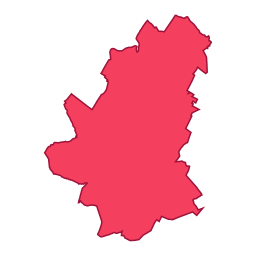 outline of Yauhquemehcan, Tlaxcala, Mexico
{"feature_id": "50627088B44555224018793", "entity_name": "Yauhquemehcan", "entity_type": "district", "adm_level": 2, "iso_a3": "MEX", "parent_name": "Mexico", "parent_adm1": "Tlaxcala", "projection": "robinson", "projection_center": [-98.182, 19.403], "detail": "fine", "context": "isolated", "style": "filled", "palette": "rose", "viewbox_px": 256, "rotation_deg": 0, "n_neighbors": 0, "source": "geoboundaries", "source_scale": "gbopen_adm2", "svg_char_len": 5674}
<svg xmlns="http://www.w3.org/2000/svg" viewBox="0 0 256 256"><path d="M121.4,235.5L123.9,235.8L124.9,237.9L130.1,240.6L135.0,240.3L138.9,239.6L141.6,236.9L143.0,235.3L150.9,230.6L154.6,222.7L156.7,219.7L159.1,221.5L161.6,216.4L168.3,219.2L171.0,219.4L172.7,219.7L178.2,217.3L186.1,214.4L188.8,213.3L192.7,212.0L196.7,215.4L202.8,208.2L198.2,209.9L197.9,209.5L197.6,208.7L196.9,207.7L196.5,206.8L195.0,204.9L194.5,204.5L193.8,203.6L193.6,201.7L193.3,201.0L192.8,200.1L193.7,199.4L194.3,198.7L195.5,198.8L196.3,198.5L197.0,198.1L198.0,197.2L199.7,196.4L200.8,195.4L201.9,195.0L201.6,194.1L201.2,193.6L200.9,193.4L200.9,193.0L200.7,192.7L197.9,189.3L197.1,187.9L186.5,175.8L186.1,175.2L187.4,172.5L187.7,172.2L188.6,170.0L189.6,166.3L189.5,166.2L188.1,166.0L187.4,166.1L187.1,166.3L186.7,166.1L186.6,165.9L186.4,165.7L186.2,165.6L185.5,163.3L185.5,162.5L185.4,162.4L184.2,162.1L183.6,162.0L183.3,162.0L182.5,161.3L182.1,161.1L181.5,161.1L180.8,161.2L180.5,161.4L179.7,161.4L175.6,161.7L176.3,160.6L178.2,158.3L179.6,156.3L179.7,156.0L179.5,155.5L179.2,154.1L178.9,152.7L178.8,152.2L178.9,151.7L179.1,151.1L181.1,147.9L183.5,145.1L183.9,144.6L185.6,143.5L186.2,143.1L186.7,142.9L187.3,142.6L187.5,142.6L188.5,139.4L190.4,133.9L191.0,132.5L185.7,128.6L191.8,116.1L191.0,115.6L192.1,112.9L197.1,110.4L199.1,109.5L192.3,105.9L193.2,103.9L191.9,103.3L192.9,101.2L195.7,102.9L197.4,99.3L192.0,96.5L192.9,95.8L193.8,94.6L192.0,93.5L190.5,92.6L189.3,93.2L188.3,93.5L189.3,91.8L187.0,90.6L192.0,81.0L194.6,75.2L193.0,74.0L195.1,71.5L196.1,70.2L197.1,68.5L197.2,68.1L197.7,67.2L200.9,69.9L205.7,73.5L207.2,72.2L206.9,64.4L206.5,57.3L206.1,56.3L204.7,53.5L203.1,50.6L206.7,47.9L207.6,48.4L207.8,47.8L207.8,47.0L207.8,46.2L208.3,45.8L208.9,46.1L209.7,45.8L209.6,45.4L209.9,44.8L210.0,44.1L211.1,42.8L211.3,42.4L211.0,41.8L209.8,40.8L209.2,40.8L209.0,40.6L208.9,39.7L209.3,37.9L209.2,37.0L208.5,35.9L206.8,37.0L205.9,36.6L205.1,36.1L204.8,35.2L204.5,35.0L203.0,35.0L202.2,34.4L201.5,34.1L201.2,33.5L199.6,32.7L199.5,31.5L198.5,29.9L197.6,29.3L196.7,28.2L196.0,26.9L193.8,24.3L192.0,22.6L191.2,22.0L189.7,20.5L189.2,19.3L188.1,17.8L187.7,16.9L187.2,16.8L186.6,16.9L185.9,17.2L184.7,17.9L184.6,18.2L184.3,18.3L183.3,18.1L181.4,17.3L181.0,17.1L180.3,16.9L179.7,17.0L178.8,16.8L177.3,16.2L177.0,15.8L176.5,15.5L175.2,15.4L172.8,19.2L164.2,31.8L161.7,31.3L158.7,31.3L156.1,27.0L155.3,27.5L154.7,27.8L151.5,23.9L149.4,22.6L147.9,20.8L147.5,20.4L145.6,22.6L145.4,23.1L144.9,23.6L143.9,25.1L143.3,25.9L141.8,28.3L141.1,29.6L140.7,29.8L140.3,30.4L139.1,32.8L138.8,33.2L137.5,35.1L136.7,37.2L136.4,37.6L136.2,38.8L138.9,43.0L139.1,43.5L139.2,44.1L139.1,45.0L138.4,49.1L138.5,49.8L138.4,50.6L138.3,50.9L138.0,51.4L137.6,51.7L137.1,52.0L136.9,52.0L136.9,51.2L136.5,50.4L136.3,49.2L136.4,48.2L136.4,47.9L136.9,47.1L137.0,46.6L136.6,46.2L135.6,45.8L134.7,45.9L133.9,46.2L131.6,47.3L130.1,47.4L129.1,47.3L125.9,48.2L124.2,49.3L122.4,50.6L121.5,50.9L119.2,50.9L116.9,50.4L114.7,49.0L113.7,48.6L112.2,48.6L111.4,49.0L110.8,49.6L110.3,50.6L109.9,52.3L110.2,54.9L110.5,55.7L110.5,57.2L110.7,58.8L110.6,59.5L109.4,59.7L108.7,60.0L108.5,60.4L103.9,68.3L102.9,70.1L102.5,71.1L101.0,73.4L103.3,74.9L105.4,76.0L104.6,77.3L107.5,79.8L106.8,80.9L106.8,81.1L106.9,81.3L107.5,81.4L108.1,81.3L108.2,82.1L106.7,88.7L105.7,90.9L104.3,92.7L102.8,94.1L102.4,94.3L101.5,94.5L101.2,94.8L100.7,95.7L96.9,101.5L94.7,105.3L92.0,109.6L88.2,106.9L71.4,93.9L66.7,99.8L64.6,101.2L65.9,103.0L64.1,104.4L64.5,105.8L65.0,107.1L65.2,107.4L65.4,108.0L65.7,108.9L66.0,109.2L66.9,109.9L67.1,110.3L67.2,111.2L67.0,112.9L67.2,113.5L68.7,116.2L69.6,117.5L70.0,118.2L70.3,119.1L70.6,120.0L72.5,123.4L72.8,124.3L73.0,125.7L73.1,126.1L74.5,127.5L74.8,127.9L74.9,128.5L75.1,129.0L75.1,129.5L74.9,130.3L75.0,130.7L75.2,131.1L75.8,132.3L76.0,133.1L76.7,134.7L76.8,135.4L76.6,135.7L76.5,136.0L76.4,136.1L75.9,136.2L75.9,136.6L76.1,136.9L76.7,137.3L73.3,138.9L72.6,139.0L72.4,139.2L72.2,139.5L71.5,140.0L70.7,140.9L70.5,141.0L70.2,141.2L68.3,141.8L67.4,141.9L66.2,141.8L65.8,141.5L65.3,141.4L65.0,141.6L64.8,141.7L63.9,141.8L63.2,142.0L62.0,142.0L57.8,142.9L56.6,142.6L55.6,142.6L54.9,142.4L54.7,142.4L54.4,142.6L53.7,143.3L53.6,143.5L53.4,144.5L53.2,144.7L52.8,144.8L51.6,144.6L51.3,144.7L50.9,144.9L50.6,145.3L50.2,146.5L49.7,146.4L49.0,146.5L48.2,147.1L47.6,147.8L44.7,152.8L47.9,157.8L48.6,159.0L49.3,165.4L49.4,167.0L49.5,167.3L50.0,167.8L50.0,168.8L50.6,169.5L51.2,170.4L51.5,170.5L53.0,172.7L53.3,173.2L53.6,173.3L53.7,173.5L53.6,174.0L54.0,174.1L54.8,174.0L56.1,174.4L57.3,174.5L58.3,174.9L60.5,175.5L60.8,175.8L61.0,175.9L61.7,176.9L62.2,176.9L63.0,177.3L64.4,178.1L65.8,178.4L66.6,178.8L66.8,178.8L66.9,178.7L67.0,178.4L67.7,178.6L68.5,179.2L69.0,179.5L69.7,179.6L70.5,180.0L71.0,179.9L71.4,179.9L74.0,181.2L77.6,182.9L78.9,184.1L79.2,183.9L79.5,183.7L81.1,184.0L81.5,184.1L81.8,184.1L82.4,183.9L82.8,183.9L83.6,184.1L84.4,183.6L84.7,183.1L85.1,182.8L86.1,183.0L86.5,183.2L87.0,183.0L87.1,183.3L86.8,183.5L85.9,184.6L82.4,188.3L82.1,189.2L81.6,190.8L81.0,193.3L80.4,195.2L79.8,197.9L78.9,200.6L78.5,202.7L79.1,202.6L79.5,202.3L80.1,201.0L80.4,200.8L80.7,200.9L81.1,201.8L81.3,202.1L81.5,202.4L82.9,203.4L83.9,204.6L84.4,204.9L86.7,205.7L87.4,205.8L91.4,205.0L92.0,205.0L92.7,205.2L93.4,205.3L94.6,205.1L95.2,205.6L96.0,205.9L96.7,206.0L101.7,221.0L101.7,223.1L101.2,225.4L99.0,231.6L98.3,232.9L97.7,234.2L97.7,234.4L97.8,234.6L100.6,236.8L101.9,236.8L105.9,235.6L106.6,235.2L108.5,234.9L109.8,234.4L110.6,233.8L111.8,233.6L113.7,232.6L114.4,232.5L115.8,233.2L117.3,233.2L118.1,232.9L119.2,232.4L119.9,232.5L120.6,232.3L121.2,231.9L122.1,231.2L122.1,231.4L121.9,231.8L121.4,235.5Z" fill="#f43f5e" stroke="#9f1239" stroke-width="1.5"/></svg>